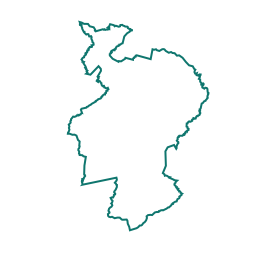 Kazungula, Southern, Zambia (Mercator projection), rotated 193°
{"feature_id": "96606910B95953051402599", "entity_name": "Kazungula", "entity_type": "district", "adm_level": 2, "iso_a3": "ZMB", "parent_name": "Zambia", "parent_adm1": "Southern", "projection": "mercator", "projection_center": [25.557, -17.051], "detail": "fine", "context": "isolated", "style": "outline", "palette": "teal", "viewbox_px": 256, "rotation_deg": 193, "n_neighbors": 0, "source": "geoboundaries", "source_scale": "gbopen_adm2", "svg_char_len": 5836}
<svg xmlns="http://www.w3.org/2000/svg" viewBox="0 0 256 256"><g transform="rotate(193 128 128)"><path d="M103.1,28.8L97.1,32.3L95.7,33.7L94.7,35.6L93.4,35.9L92.6,36.6L91.6,38.9L90.6,39.9L89.6,42.0L89.3,44.6L90.0,46.1L88.9,47.6L86.8,48.4L84.9,48.6L82.9,51.7L81.0,52.7L79.9,52.8L79.3,53.2L79.2,53.9L78.6,53.9L77.9,54.9L76.2,55.7L75.4,55.6L72.3,58.1L71.0,59.7L70.3,59.8L68.5,62.3L68.3,63.5L67.1,64.1L67.4,64.8L65.3,66.9L64.1,67.4L63.8,69.8L62.3,71.1L62.1,72.4L62.5,72.8L60.8,74.7L61.1,75.5L60.5,76.2L62.1,76.6L62.1,77.1L63.1,77.9L63.9,77.7L64.1,78.5L64.9,78.6L65.8,79.2L65.4,80.2L67.0,80.5L67.1,81.1L67.4,80.9L68.3,81.6L68.4,82.2L70.0,83.1L70.1,84.4L69.4,85.2L69.3,86.4L68.3,87.8L71.3,87.6L71.6,87.9L76.4,88.8L76.0,89.5L77.5,89.5L79.3,90.2L80.8,90.2L81.4,89.8L82.1,91.1L83.9,91.9L82.6,99.7L86.3,113.7L85.0,118.1L79.3,121.8L76.3,118.6L76.1,119.2L76.3,120.0L76.8,119.9L77.0,120.3L76.4,121.8L76.3,123.1L75.5,124.7L75.9,125.7L76.6,125.8L77.6,126.7L77.0,128.1L77.5,129.4L77.3,130.0L76.4,130.6L76.3,131.2L76.7,131.4L76.3,132.0L73.2,132.7L72.5,134.3L71.8,133.8L71.5,134.0L71.5,135.0L70.9,135.6L71.0,136.2L71.3,136.2L71.1,137.0L70.3,138.0L69.7,137.7L69.6,139.0L68.6,139.6L68.8,140.9L70.0,141.3L70.3,142.4L71.3,142.6L71.8,145.6L71.0,145.9L70.9,146.9L70.2,148.0L69.4,148.3L68.9,148.0L67.4,149.0L67.1,149.4L67.5,150.2L67.3,150.7L66.6,151.1L66.5,152.4L65.9,152.4L65.5,151.9L64.2,152.4L64.1,154.0L63.7,155.0L62.7,155.2L62.6,155.9L61.3,156.7L60.9,158.7L61.5,158.9L61.4,159.8L62.4,160.6L62.4,161.2L61.8,161.5L62.2,162.3L61.9,162.4L61.6,163.6L61.7,168.4L60.7,169.2L59.8,171.2L58.6,171.9L58.6,172.5L57.7,173.9L57.6,174.9L57.1,175.3L57.8,176.9L57.4,178.9L57.8,179.2L57.4,180.2L58.5,181.0L59.4,183.9L60.3,184.7L61.8,184.6L62.5,183.5L64.7,184.2L65.0,185.2L64.1,187.3L64.3,188.1L64.8,188.4L65.3,188.1L65.5,186.6L66.4,186.7L66.5,188.2L68.1,189.4L68.6,191.5L70.0,191.8L69.4,193.9L69.5,194.4L70.2,194.6L69.2,196.0L69.3,196.5L70.4,196.3L71.9,194.9L73.1,194.9L73.4,195.4L73.3,196.8L74.2,196.1L74.8,196.1L75.8,197.4L75.9,198.5L75.5,200.0L76.7,200.4L78.8,202.7L82.6,202.8L86.5,205.4L90.6,208.7L94.5,210.3L96.6,209.5L99.4,211.4L101.5,211.1L103.1,211.7L105.2,210.5L108.6,211.6L110.0,212.7L110.8,212.9L112.3,212.5L114.8,210.1L117.4,210.3L118.4,211.0L120.2,210.1L121.8,210.2L121.4,200.2L135.9,200.8L136.8,200.2L136.5,199.3L137.7,198.5L137.7,197.7L138.3,197.5L138.7,196.5L138.5,195.6L146.3,195.8L146.4,194.8L149.7,191.4L152.1,191.1L152.2,190.4L158.5,192.0L162.0,194.5L162.4,195.9L161.4,196.9L161.9,197.3L161.7,198.5L160.9,198.6L161.3,199.5L159.7,200.9L159.3,200.5L158.5,200.7L158.4,202.2L157.7,202.5L157.9,203.2L157.4,204.8L155.8,205.8L155.8,206.3L155.3,206.4L155.2,207.3L154.3,207.4L153.3,208.8L152.3,209.3L152.2,216.4L150.1,220.2L148.1,222.1L147.5,223.3L145.4,224.3L147.7,224.4L147.5,224.7L148.0,225.0L149.2,224.9L150.6,225.3L150.8,226.2L151.4,226.6L153.6,226.2L154.4,226.6L155.7,226.6L156.7,227.2L158.6,226.6L158.6,225.3L159.7,224.6L162.9,224.9L163.9,224.1L164.9,225.0L168.8,225.1L169.2,222.9L170.2,221.5L168.8,221.5L168.4,220.1L169.0,220.1L169.8,219.3L170.5,219.4L172.2,218.5L173.1,218.9L173.6,218.3L174.6,218.6L181.3,214.9L182.2,215.5L182.1,216.4L184.1,218.4L188.2,218.5L190.4,220.4L194.3,219.6L196.9,220.3L198.9,220.4L198.1,219.2L198.3,218.5L198.0,217.6L197.4,217.6L197.0,218.2L196.4,218.0L196.2,216.6L195.2,215.4L195.0,214.5L192.8,211.8L192.1,211.9L192.0,211.1L189.7,209.7L188.9,210.3L187.7,210.5L186.4,208.5L185.6,208.6L184.7,209.2L183.9,208.4L183.8,206.7L182.4,205.0L182.0,203.7L181.0,203.3L180.3,201.8L180.3,201.3L182.1,200.4L181.4,199.7L181.5,198.8L183.5,198.3L183.5,197.6L184.4,196.7L184.5,196.3L183.8,195.4L184.0,194.8L185.1,194.5L185.2,193.6L184.8,192.8L185.3,191.7L185.8,191.8L186.3,191.3L186.2,190.7L185.5,190.6L185.5,190.0L186.9,188.1L186.7,187.0L187.9,186.2L188.7,184.3L187.5,183.3L187.3,182.3L186.8,182.5L186.3,182.0L185.8,182.2L186.0,181.1L183.2,178.4L182.4,177.1L183.1,176.9L181.9,175.5L181.4,175.6L180.9,174.7L180.5,174.6L181.0,173.7L179.9,172.7L180.9,171.5L176.6,171.5L170.6,181.6L167.8,179.5L167.2,177.6L169.1,171.5L168.0,171.3L168.5,170.4L167.8,170.0L167.8,169.4L169.0,167.5L169.1,166.8L167.4,166.1L167.0,167.4L165.8,167.2L164.4,165.7L164.0,165.7L163.5,164.2L162.5,163.3L161.1,163.6L161.1,162.9L160.6,162.9L160.2,162.2L159.4,162.3L158.8,161.8L157.2,162.1L156.7,162.6L155.8,161.4L156.6,160.6L156.4,159.7L157.5,159.2L157.3,157.3L158.0,157.1L157.9,155.5L158.8,155.4L160.0,154.0L160.1,153.0L160.6,152.9L161.0,152.1L160.8,151.6L161.3,150.6L163.6,149.3L163.9,148.5L165.2,147.4L165.2,146.8L165.7,146.7L165.9,146.0L169.0,143.2L169.3,142.5L171.0,141.1L171.9,139.8L172.9,139.3L173.1,138.5L177.6,136.3L178.0,135.2L176.2,132.3L176.6,132.3L177.3,130.4L178.1,130.1L178.4,129.5L179.5,129.6L179.6,128.8L180.7,128.8L181.3,127.7L182.7,126.8L184.0,126.8L185.5,123.7L185.2,122.7L185.7,121.7L185.1,120.4L185.3,119.8L186.5,118.0L185.4,116.2L185.6,114.8L184.7,113.2L184.9,111.4L185.4,109.9L185.3,108.9L183.7,109.3L180.6,108.9L178.6,109.5L176.5,109.0L174.1,105.2L172.1,104.0L171.5,99.7L171.0,99.4L171.1,97.3L171.6,96.4L171.4,95.2L170.2,94.1L170.0,92.0L169.2,91.6L169.0,90.8L166.3,91.2L165.1,90.4L162.6,90.4L162.0,81.6L160.3,73.0L159.4,72.4L159.6,72.1L159.0,71.4L159.8,69.7L159.7,68.7L161.0,68.0L160.1,67.0L160.1,66.7L160.8,66.8L160.6,66.0L161.0,66.0L160.9,65.3L160.7,64.9L160.4,65.0L159.9,63.3L159.4,62.9L159.6,62.5L128.1,77.0L127.3,75.4L127.3,74.3L128.5,71.7L127.3,71.1L126.5,70.0L126.0,70.0L125.6,68.0L126.1,65.3L127.1,63.0L127.0,62.2L125.7,61.2L125.6,60.4L126.7,59.6L126.5,58.2L127.0,56.9L127.9,56.9L129.2,56.0L127.9,54.4L126.6,53.5L126.7,52.2L127.3,50.7L126.8,50.6L125.9,49.1L126.4,47.6L127.6,46.4L128.3,45.1L128.4,42.9L127.1,41.8L127.0,41.3L128.2,39.6L127.6,37.9L126.5,37.2L124.9,37.2L123.6,37.9L120.7,37.1L118.2,38.3L115.9,38.8L113.5,37.4L112.6,37.4L108.7,38.5L107.7,37.5L106.7,34.7L104.6,32.0L103.1,28.8Z" fill="none" stroke="#0f766e" stroke-width="2"/></g></svg>